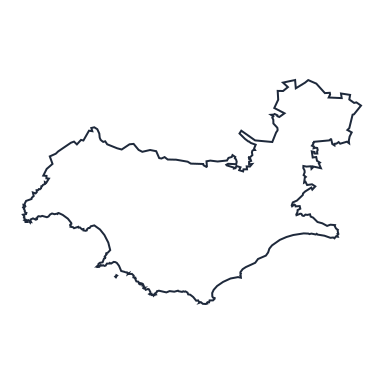 the district of Overberg, Western Cape, South Africa
{"feature_id": "47623444B61406186088349", "entity_name": "Overberg", "entity_type": "district", "adm_level": 2, "iso_a3": "ZAF", "parent_name": "South Africa", "parent_adm1": "Western Cape", "projection": "orthographic", "projection_center": [19.752, -34.228], "detail": "fine", "context": "isolated", "style": "outline", "palette": "slate", "viewbox_px": 384, "rotation_deg": 0, "n_neighbors": 0, "source": "geoboundaries", "source_scale": "gbopen_adm2", "svg_char_len": 5986}
<svg xmlns="http://www.w3.org/2000/svg" viewBox="0 0 384 384"><path d="M49.8,156.4L52.5,163.9L46.7,168.9L43.3,175.6L46.5,175.9L46.4,178.3L48.9,178.6L46.2,182.9L44.9,182.1L45.0,184.0L43.0,184.9L41.9,186.4L41.4,186.3L41.0,188.3L39.8,189.3L38.8,189.1L38.0,190.2L36.6,190.2L36.8,192.1L35.6,193.4L32.9,192.5L33.7,196.0L31.8,197.7L31.5,199.0L26.1,200.9L24.5,204.1L25.0,205.5L23.5,205.0L23.8,206.8L23.1,207.4L23.6,208.0L24.4,207.8L23.9,209.0L24.8,210.4L24.7,211.4L25.3,212.5L26.4,212.9L26.0,214.1L23.0,214.7L24.3,216.3L23.9,217.6L24.5,218.0L24.5,219.2L25.8,219.7L25.7,220.6L25.0,220.7L25.7,221.2L25.6,222.0L27.2,222.0L26.5,220.6L28.2,220.1L29.3,221.2L30.1,221.1L29.7,222.0L30.1,222.5L30.2,222.0L31.1,222.1L30.4,220.7L30.6,219.5L33.0,218.4L35.8,219.7L36.5,219.4L36.0,218.9L36.4,218.2L37.1,218.3L37.7,216.7L38.6,216.2L40.6,216.5L42.2,215.9L46.9,217.2L48.5,216.5L50.1,214.5L52.0,213.5L54.5,214.2L56.8,213.7L57.5,214.0L57.9,213.2L58.6,213.0L62.7,214.9L67.9,218.7L71.2,222.9L71.4,223.8L70.2,224.7L70.2,225.6L71.0,226.2L70.7,226.8L73.0,227.2L74.0,228.2L78.3,226.8L78.6,227.6L80.0,227.5L81.9,229.3L83.4,229.0L83.4,230.4L85.7,230.8L86.8,230.4L87.0,229.3L88.4,228.0L89.6,228.0L90.8,226.3L94.3,225.4L100.0,229.5L104.4,235.0L108.3,242.6L110.2,250.1L107.9,252.6L106.2,253.3L106.1,254.4L106.4,254.3L106.5,254.4L104.7,256.6L105.3,257.5L105.1,258.2L104.2,258.5L104.2,258.0L102.6,262.3L99.9,262.8L98.5,263.9L98.4,265.0L97.0,266.3L97.8,266.2L97.9,266.7L97.3,266.8L97.3,267.0L99.2,266.9L100.8,265.0L101.9,265.7L103.1,265.2L104.4,265.9L105.6,265.6L106.9,263.6L110.1,263.5L110.1,263.1L111.2,263.5L113.7,261.9L115.3,262.1L116.8,262.9L119.0,265.8L121.2,271.0L124.6,271.9L125.2,272.3L125.0,272.8L125.4,272.3L127.0,272.4L127.5,273.4L128.3,273.2L128.0,274.0L128.6,273.6L128.4,274.0L131.9,273.9L133.7,275.6L133.4,277.3L135.1,277.6L134.9,278.3L135.7,278.6L135.5,279.6L136.4,281.4L138.3,281.7L138.9,282.8L140.3,283.1L139.3,283.9L140.0,284.4L141.9,284.5L142.1,283.7L142.8,283.9L143.2,284.9L142.9,285.5L143.6,285.5L143.9,286.3L143.4,287.8L144.6,287.7L143.9,288.2L144.1,288.6L145.0,288.6L145.7,289.8L148.0,289.0L148.9,289.3L150.4,292.1L150.3,293.5L149.3,294.1L149.9,294.5L151.1,294.1L151.0,294.6L151.8,295.1L152.6,295.1L152.2,294.8L152.5,294.6L153.8,294.7L153.4,295.1L153.6,295.5L154.0,294.9L155.9,294.5L155.1,293.4L156.6,292.4L156.9,291.3L158.9,290.7L166.4,292.4L169.6,291.1L174.3,291.7L178.0,290.7L178.5,291.2L182.1,291.9L183.2,291.3L184.3,291.7L185.5,291.4L187.5,292.6L188.2,294.4L190.2,294.7L193.2,297.0L196.2,300.7L198.1,300.4L198.7,301.6L200.0,302.1L199.5,302.7L200.9,302.2L202.8,303.8L205.8,304.0L207.1,303.6L206.8,303.1L207.5,302.2L209.1,302.3L209.6,300.4L213.0,300.4L214.6,298.8L214.7,298.1L212.9,297.5L212.3,296.3L212.2,293.0L213.7,289.8L217.1,286.0L223.1,281.9L230.5,278.5L238.0,277.1L240.9,277.7L240.7,275.6L240.3,275.3L240.9,273.6L240.4,273.3L240.4,272.2L242.6,269.2L245.8,267.1L255.2,262.8L258.0,259.0L265.9,255.6L268.1,252.5L269.4,248.6L272.0,245.4L279.8,239.9L286.5,237.0L293.3,235.0L303.7,233.4L308.4,233.6L309.4,234.1L311.4,233.6L315.8,234.5L316.7,233.8L317.6,234.6L324.4,235.7L330.4,237.8L333.2,237.5L334.5,238.3L335.8,236.5L337.8,236.7L337.2,235.4L338.3,234.1L337.8,233.6L338.2,233.4L337.6,230.5L337.9,229.9L336.0,228.5L334.7,226.0L335.0,225.1L330.4,224.7L327.1,225.9L322.3,223.3L317.5,222.0L313.1,217.6L310.7,216.6L310.0,214.3L307.4,214.9L305.4,214.6L304.1,215.8L303.3,215.9L302.3,215.5L301.4,213.9L300.3,213.7L296.5,215.2L296.3,214.5L297.5,212.0L297.6,210.1L300.3,208.7L299.7,206.1L295.6,206.4L295.3,205.2L294.3,204.6L292.1,206.3L291.7,205.4L292.8,202.4L296.9,200.6L302.8,195.0L303.0,193.5L305.1,191.5L311.3,187.6L312.3,189.6L315.3,186.4L312.0,184.3L307.1,185.0L305.5,181.8L304.1,182.6L304.8,177.7L305.8,176.9L303.6,175.1L304.7,172.2L304.5,170.3L303.3,168.1L303.4,166.0L306.5,166.6L310.7,166.3L311.2,166.6L311.5,168.8L313.3,167.0L313.1,166.5L320.9,168.2L318.8,163.4L319.9,162.6L317.0,160.8L316.2,157.0L312.7,157.5L311.8,151.4L314.4,152.0L314.3,153.2L314.7,153.5L317.3,153.5L317.1,151.4L317.7,150.0L317.2,148.0L315.7,147.7L313.6,148.3L313.9,146.5L312.0,145.7L313.2,144.1L313.2,142.9L313.9,142.6L314.0,141.8L329.2,140.4L330.7,139.2L331.2,139.3L332.3,144.0L334.5,145.4L334.6,143.8L336.5,143.6L338.6,142.1L340.2,143.7L346.9,141.7L349.1,143.3L348.8,140.8L349.6,136.6L351.7,132.4L347.4,130.0L349.3,128.1L352.6,114.7L354.0,114.3L361.0,105.6L356.4,102.4L354.1,102.9L349.3,99.5L350.1,94.9L341.0,93.5L341.7,98.1L328.7,97.5L330.1,94.5L329.8,92.8L324.9,93.1L316.3,83.6L308.2,80.1L305.0,82.7L295.8,88.3L295.1,80.0L283.0,82.6L287.9,87.1L283.1,91.0L277.7,90.9L278.2,99.7L274.3,108.0L284.5,113.3L279.3,117.0L277.4,116.2L277.4,115.3L274.6,114.0L273.6,114.6L271.0,114.8L273.3,116.4L272.3,117.7L273.3,119.7L273.4,123.5L277.3,127.7L277.6,129.4L277.5,130.5L276.1,132.5L272.3,142.0L255.1,140.4L241.3,130.7L239.5,133.5L245.0,138.9L248.8,141.8L248.4,141.1L250.9,143.0L255.7,144.7L254.1,148.5L255.0,150.0L253.4,150.0L252.4,150.7L251.9,152.3L252.4,155.1L249.9,157.4L248.7,157.1L248.1,157.0L248.8,157.3L249.2,159.1L250.4,159.0L251.1,160.9L249.1,161.7L249.1,164.3L252.1,164.0L249.9,166.6L246.7,166.4L247.0,169.3L243.5,169.3L243.1,171.4L239.2,170.2L240.5,167.3L236.4,166.0L235.5,168.2L233.9,168.5L234.0,167.6L226.8,165.4L226.3,164.8L228.1,163.8L236.2,164.2L236.7,161.7L236.0,159.4L234.8,158.2L235.3,157.0L232.5,155.1L231.7,157.0L228.5,157.9L227.0,160.5L217.6,161.5L210.3,160.6L206.5,161.3L206.9,166.5L206.4,166.9L203.6,165.3L203.2,164.0L190.8,163.6L187.7,161.7L176.1,159.7L167.7,159.5L164.6,157.1L161.5,158.5L159.2,158.1L156.2,151.2L150.1,150.0L142.3,151.8L138.6,149.9L133.6,143.9L129.5,144.3L121.7,149.5L117.2,148.3L107.2,144.3L105.2,141.3L103.2,141.9L101.6,140.7L100.6,139.8L99.7,137.6L99.3,133.6L97.3,129.2L94.3,127.3L91.3,128.0L92.3,131.2L89.0,130.7L83.4,140.5L81.0,139.9L76.9,144.4L74.0,141.6L71.0,142.7L58.2,151.4L55.8,153.7L49.8,156.4ZM116.4,275.2L116.3,275.6L115.3,276.5L115.8,276.8L117.1,275.6L116.4,275.2ZM116.3,276.7L115.8,277.2L115.1,277.0L115.9,277.4L116.3,276.7Z" fill="none" stroke="#1e293b" stroke-width="2"/></svg>